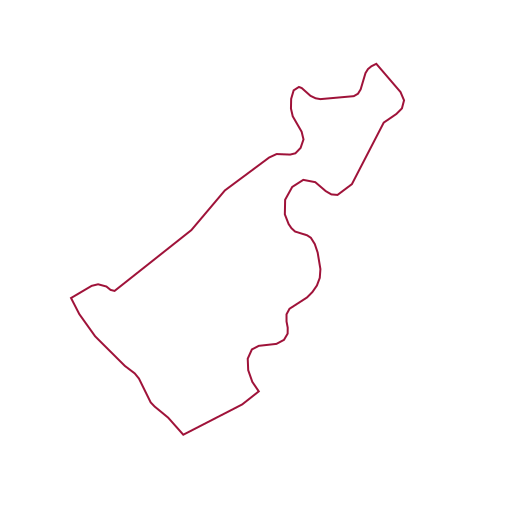 outline of Fermo, rotated 162°
{"feature_id": "ITA-5430", "entity_name": "Fermo", "entity_type": "Province", "adm_level": 1, "iso_a3": "ITA", "parent_name": "Italy", "parent_adm1": "", "projection": "robinson", "projection_center": [13.497, 43.091], "detail": "fine", "context": "isolated", "style": "outline", "palette": "rose", "viewbox_px": 512, "rotation_deg": 162, "n_neighbors": 0, "source": "natural_earth", "source_scale": "10m", "svg_char_len": 1129}
<svg xmlns="http://www.w3.org/2000/svg" viewBox="0 0 512 512"><g transform="rotate(162 256 256)"><path d="M380.4,108.5L389.5,129.4L398.9,144.1L401.4,149.3L405.2,175.6L407.6,181.8L414.7,192.0L433.8,229.3L442.0,255.3L444.9,273.2L421.5,278.4L414.9,277.9L407.7,273.2L404.8,268.7L401.3,266.5L309.5,300.6L265.3,328.0L213.1,345.6L204.9,346.6L192.2,341.9L186.8,341.5L180.2,345.0L174.8,352.2L174.2,360.1L177.9,377.5L177.2,385.4L174.0,394.6L169.0,401.9L163.0,403.5L160.6,401.6L154.7,391.5L150.6,387.6L146.3,385.3L113.6,377.8L108.9,378.8L105.0,382.1L95.3,396.2L91.7,399.2L87.6,400.8L82.2,401.6L67.9,367.3L67.1,358.3L71.6,351.3L78.6,347.7L93.3,343.4L142.6,294.7L159.6,288.9L165.3,291.3L169.6,296.1L176.8,307.9L187.5,313.8L200.2,310.5L210.9,300.5L215.7,286.7L215.1,276.3L213.7,271.5L211.3,267.2L201.0,259.9L198.2,256.4L196.4,249.2L196.3,240.2L198.8,223.6L202.1,215.5L207.2,209.1L213.5,204.3L220.3,200.8L240.4,195.5L245.0,191.1L247.2,184.3L248.0,178.0L249.9,172.4L255.3,167.6L263.7,166.1L281.1,169.7L288.8,168.4L295.6,160.9L298.7,149.8L298.4,137.4L295.2,126.4L315.0,119.1L380.4,108.5Z" fill="none" stroke="#9f1239" stroke-width="2"/></g></svg>